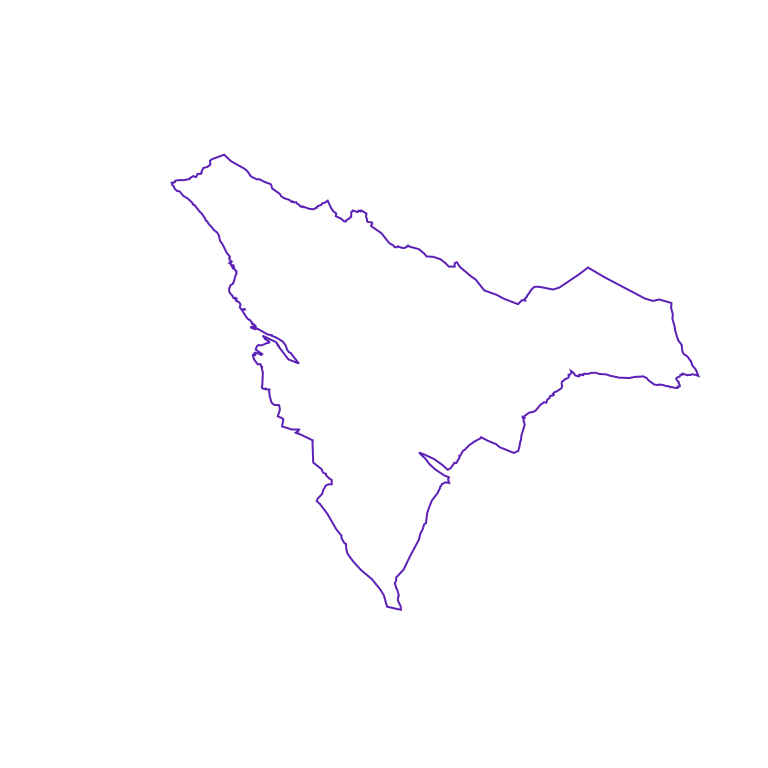 outline of Drammen nor, Buskerud, Norway, rotated 206°
{"feature_id": "86288312B37235196254679", "entity_name": "Drammen nor", "entity_type": "district", "adm_level": 2, "iso_a3": "NOR", "parent_name": "Norway", "parent_adm1": "Buskerud", "projection": "natural_earth1", "projection_center": [10.161, 59.728], "detail": "fine", "context": "isolated", "style": "outline", "palette": "violet", "viewbox_px": 768, "rotation_deg": 206, "n_neighbors": 0, "source": "geoboundaries", "source_scale": "gbopen_adm2", "svg_char_len": 6154}
<svg xmlns="http://www.w3.org/2000/svg" viewBox="0 0 768 768"><g transform="rotate(206 384 384)"><path d="M657.9,467.8L654.2,466.7L653.7,466.8L654.2,466.9L653.7,467.2L652.0,467.5L646.9,465.1L641.4,464.6L635.2,462.6L634.6,461.6L632.6,461.7L625.3,458.1L622.7,457.4L616.5,453.9L616.0,452.8L614.1,452.6L611.7,450.9L608.0,449.7L604.7,447.9L600.4,447.0L597.6,445.2L594.3,440.9L590.7,439.0L582.7,432.9L578.5,431.0L578.1,430.2L578.4,429.4L577.2,427.9L574.6,427.2L575.8,425.9L576.0,425.1L574.6,425.5L574.0,424.0L572.4,424.3L573.3,423.0L572.5,423.4L569.7,421.0L572.4,423.6L571.4,424.6L568.0,421.0L568.3,420.7L567.1,421.1L565.9,420.6L565.9,419.9L564.9,418.8L565.1,416.7L563.7,409.8L564.0,408.8L563.7,408.1L565.3,405.1L564.9,401.4L563.0,398.5L559.4,397.1L557.0,395.3L556.0,395.4L555.4,396.4L553.9,396.0L554.2,394.9L552.6,394.4L552.8,394.0L550.4,394.0L548.7,393.3L547.6,392.1L547.3,389.7L545.2,388.6L544.4,388.7L542.2,390.3L541.7,390.0L544.2,388.2L536.2,383.3L533.5,382.5L532.6,382.8L528.8,380.9L529.3,380.5L529.0,380.3L527.1,380.6L525.1,379.9L525.3,379.5L524.6,379.0L527.0,378.6L527.1,378.2L524.2,378.7L522.9,378.2L528.3,377.1L528.5,376.7L527.8,376.3L523.8,376.7L523.3,377.2L523.7,377.4L523.5,377.7L521.2,378.2L510.1,377.5L506.5,378.7L506.2,378.1L501.0,378.5L493.7,377.8L489.5,375.7L486.1,372.3L483.4,370.9L481.6,371.0L470.2,365.4L470.6,365.0L480.7,364.2L496.1,372.0L495.7,372.3L499.4,374.3L514.3,374.2L510.9,373.0L511.0,372.4L506.1,371.8L506.3,371.2L505.6,371.2L505.5,370.6L507.3,369.3L510.8,365.2L514.0,363.9L514.8,361.8L514.4,358.7L506.6,357.5L507.0,356.3L510.4,356.3L513.7,355.6L513.8,354.9L511.7,353.1L513.4,353.9L514.1,353.7L514.5,353.0L514.0,352.4L514.3,352.1L511.6,349.2L506.2,346.3L503.8,347.7L501.7,345.6L501.1,345.9L500.5,344.1L498.0,341.4L492.8,329.4L492.6,327.9L491.4,326.7L488.4,327.3L488.4,328.0L487.0,327.8L484.5,328.8L484.0,327.0L481.3,322.9L477.1,318.1L473.7,317.0L469.0,319.0L466.3,315.3L465.3,308.4L460.0,308.6L459.0,308.0L457.0,301.2L447.0,302.7L440.4,305.8L440.4,304.4L442.0,301.5L439.7,301.6L439.7,302.0L423.3,302.1L423.0,300.8L413.2,282.4L402.6,280.0L400.6,278.0L398.9,277.6L396.7,277.8L396.1,276.5L391.8,275.1L389.0,274.8L387.0,271.0L389.1,270.0L391.0,268.4L391.8,267.0L392.1,261.7L391.4,258.3L393.4,251.5L393.1,249.2L389.0,248.1L378.0,242.5L363.0,232.4L355.6,229.0L354.8,226.9L349.6,223.5L348.0,223.6L345.6,219.2L342.6,215.6L334.8,211.4L322.9,206.6L309.3,203.3L297.7,197.9L291.6,194.1L283.6,185.2L269.9,188.4L271.7,191.7L275.5,194.5L277.0,196.2L278.0,199.3L277.8,200.1L281.9,205.0L283.1,205.5L286.9,209.7L286.9,212.6L288.2,215.6L285.0,225.8L285.1,240.2L284.4,259.4L285.7,265.4L285.6,270.5L286.4,275.4L285.3,277.4L288.5,286.6L289.3,291.8L289.9,300.2L288.0,309.5L288.1,315.2L288.5,316.5L288.0,317.3L288.1,319.3L285.7,322.5L282.3,323.6L283.1,324.1L283.1,324.9L284.5,326.1L284.7,328.6L290.0,328.2L300.5,329.7L308.0,331.9L314.0,335.0L322.6,337.7L317.4,338.3L306.1,338.5L296.9,337.0L289.2,334.9L287.2,337.4L286.1,344.2L284.9,344.3L284.2,345.0L284.2,348.5L283.7,350.3L284.8,352.2L284.1,352.3L283.7,358.7L282.7,359.9L280.6,366.5L278.4,370.0L278.3,370.8L273.1,378.0L273.3,378.7L265.6,378.5L256.8,379.1L252.5,377.9L237.0,379.0L234.0,382.7L234.9,387.4L236.2,391.6L236.4,393.8L237.9,397.9L239.7,409.1L242.0,411.9L242.5,412.0L243.4,414.6L244.5,414.4L245.0,415.3L243.1,415.6L243.9,416.3L241.0,421.9L238.2,423.9L236.1,426.4L234.3,433.8L232.1,437.8L230.0,438.3L230.4,441.1L229.1,444.1L229.4,446.2L227.5,447.3L226.6,448.6L227.9,449.0L227.2,451.4L225.7,452.9L222.7,457.8L222.9,460.1L224.6,462.4L225.1,464.1L224.3,465.1L223.2,468.1L221.5,469.6L221.1,470.7L221.2,471.9L222.2,473.2L221.1,473.8L220.4,476.3L221.6,477.7L218.4,477.1L216.0,475.6L212.5,476.0L211.8,476.8L212.6,477.7L211.9,478.4L208.8,479.3L209.3,480.2L207.9,481.4L205.7,482.0L202.5,484.9L198.4,487.0L195.2,487.3L188.2,490.1L184.7,490.5L175.4,492.8L166.2,496.9L161.5,500.4L154.3,504.5L150.3,504.5L148.0,503.3L141.1,502.0L137.3,503.1L136.6,504.1L132.9,505.4L129.3,505.8L127.4,506.8L125.3,506.5L124.9,507.1L120.4,508.2L118.4,509.2L118.2,510.2L118.6,510.5L117.3,511.3L117.2,512.1L119.5,513.9L119.6,514.7L122.6,515.9L123.8,517.0L123.5,518.2L121.5,520.3L121.6,522.3L120.0,523.0L120.3,524.2L115.2,524.8L114.8,525.5L112.9,526.1L111.4,527.8L107.6,528.9L105.0,529.1L110.2,533.7L115.6,536.2L116.6,537.8L117.9,538.5L118.4,539.3L120.1,539.8L122.2,541.2L124.8,542.1L127.0,542.1L129.0,543.1L130.2,544.3L133.6,549.6L138.9,552.4L144.8,558.6L148.8,564.0L153.2,568.8L155.0,573.3L159.2,578.1L161.2,582.8L173.7,580.6L178.8,576.5L187.1,575.2L232.1,576.6L251.7,578.1L257.0,567.6L268.7,547.5L273.5,543.0L286.4,539.6L289.8,538.2L291.5,537.0L292.7,534.2L293.4,530.6L293.1,529.5L293.8,527.9L294.1,525.3L293.8,525.0L294.9,521.9L293.7,520.9L296.8,519.8L298.5,514.5L313.3,513.2L322.0,513.5L335.0,512.1L347.2,518.0L353.3,519.0L367.1,522.5L371.9,525.4L373.4,523.5L371.9,520.5L377.2,517.9L381.4,519.5L387.8,520.9L395.4,519.9L401.8,517.3L404.5,518.7L411.7,520.5L421.6,518.6L422.9,519.1L423.5,518.6L423.2,518.2L424.0,516.7L425.7,514.8L429.3,513.9L431.8,513.9L432.5,512.4L434.5,511.7L436.2,512.6L441.0,512.9L452.4,518.4L464.3,520.2L465.0,520.6L464.8,522.9L465.7,523.9L469.4,522.6L470.5,522.8L471.3,524.4L473.9,527.0L473.9,528.1L474.5,529.5L480.5,530.0L480.6,528.9L482.8,528.7L483.0,527.0L488.2,526.2L488.2,525.1L488.8,524.3L486.8,519.9L487.6,518.7L487.7,517.6L489.6,514.9L489.4,513.6L490.2,513.1L491.4,512.8L495.0,513.8L500.9,513.7L501.7,516.3L505.5,517.1L509.3,519.4L515.0,524.1L516.7,520.9L518.7,519.3L518.9,517.4L521.6,514.9L521.6,512.9L522.3,512.7L523.6,510.3L527.8,508.7L535.3,507.9L535.6,507.7L535.1,507.3L536.8,506.9L539.5,508.0L540.8,507.8L542.5,508.9L544.0,507.9L546.0,508.1L546.0,507.5L547.0,507.2L549.8,508.0L555.0,507.2L558.8,507.7L561.0,509.2L570.2,510.7L572.7,513.5L573.7,514.0L579.2,513.3L586.0,513.4L588.0,512.2L594.4,512.2L600.2,515.4L603.6,516.3L619.2,517.2L628.2,520.0L637.1,510.7L638.3,508.4L636.2,504.9L637.9,501.7L641.1,498.9L641.0,494.3L640.3,493.6L640.5,492.8L643.7,491.0L643.3,489.4L643.8,487.5L646.6,487.2L648.7,483.9L648.5,483.1L653.5,479.3L656.4,478.1L660.7,475.3L660.5,473.7L661.7,472.9L661.7,472.4L663.0,471.9L661.4,469.9L659.5,469.5L657.9,467.8Z" fill="none" stroke="#5b21b6" stroke-width="2"/></g></svg>